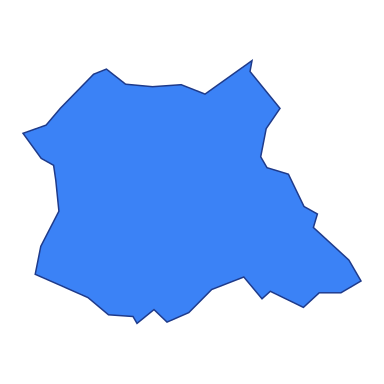 Madison, Georgia, United States of America (orthographic projection)
{"feature_id": "52423323B87316912703602", "entity_name": "Madison", "entity_type": "district", "adm_level": 2, "iso_a3": "USA", "parent_name": "United States of America", "parent_adm1": "Georgia", "projection": "orthographic", "projection_center": [-83.203, 34.136], "detail": "fine", "context": "isolated", "style": "filled", "palette": "blue", "viewbox_px": 384, "rotation_deg": 0, "n_neighbors": 0, "source": "geoboundaries", "source_scale": "gbopen_adm2", "svg_char_len": 627}
<svg xmlns="http://www.w3.org/2000/svg" viewBox="0 0 384 384"><path d="M23.0,133.3L41.2,158.4L53.6,165.3L55.8,180.4L58.9,211.2L40.8,246.3L35.2,274.3L56.4,283.6L88.0,297.6L108.5,314.8L133.0,316.5L137.0,323.4L154.0,309.6L167.0,322.1L188.8,312.6L211.7,289.5L243.8,277.0L262.0,298.8L270.3,291.3L303.4,307.4L319.2,292.8L340.9,292.8L361.0,281.0L348.9,260.1L313.4,227.5L317.4,214.0L304.0,206.5L288.4,174.2L267.0,167.7L260.7,156.8L266.2,128.6L280.0,108.4L250.0,71.5L252.0,60.6L205.0,94.1L181.2,84.7L152.5,86.7L125.6,84.2L106.4,69.1L93.6,74.2L60.5,108.1L46.1,125.1L23.0,133.3Z" fill="#3b82f6" stroke="#1e3a8a" stroke-width="1.5"/></svg>